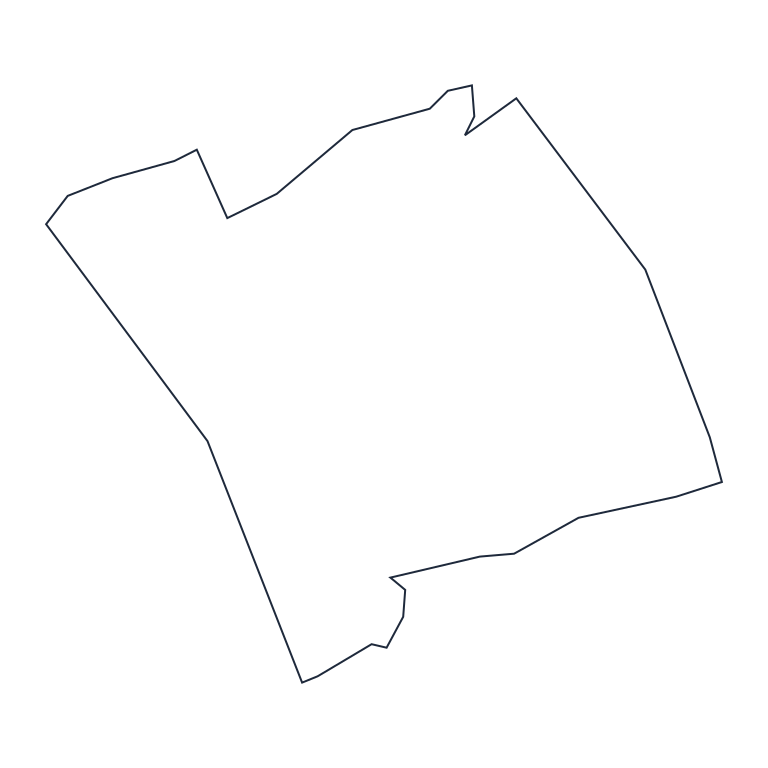 the district of Smyth, Virginia, United States of America
{"feature_id": "52423323B4089345148618", "entity_name": "Smyth", "entity_type": "district", "adm_level": 2, "iso_a3": "USA", "parent_name": "United States of America", "parent_adm1": "Virginia", "projection": "equal_earth", "projection_center": [-81.553, 36.826], "detail": "fine", "context": "isolated", "style": "outline", "palette": "slate", "viewbox_px": 768, "rotation_deg": 0, "n_neighbors": 0, "source": "geoboundaries", "source_scale": "gbopen_adm2", "svg_char_len": 505}
<svg xmlns="http://www.w3.org/2000/svg" viewBox="0 0 768 768"><path d="M46.1,224.2L159.4,376.4L207.5,441.1L302.1,682.6L317.6,676.3L371.6,644.2L386.6,647.7L403.2,616.8L405.2,589.9L390.4,577.6L479.8,556.6L514.1,553.7L578.5,517.8L676.2,496.7L721.9,482.0L709.8,437.3L645.3,269.6L583.7,187.8L516.3,98.3L464.9,135.3L474.3,116.4L471.9,85.4L447.8,90.8L429.8,108.7L352.4,130.0L276.7,193.9L227.3,218.1L196.8,149.7L174.4,161.0L112.5,178.2L67.7,195.9L46.1,224.2Z" fill="none" stroke="#1e293b" stroke-width="2"/></svg>